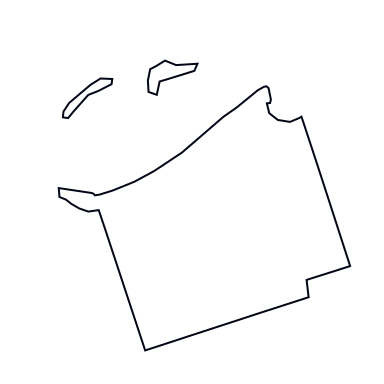 the district of Harrison, Mississippi, United States of America, rotated 162°
{"feature_id": "52423323B27952664457255", "entity_name": "Harrison", "entity_type": "district", "adm_level": 2, "iso_a3": "USA", "parent_name": "United States of America", "parent_adm1": "Mississippi", "projection": "robinson", "projection_center": [-89.065, 30.439], "detail": "fine", "context": "isolated", "style": "outline", "palette": "ink", "viewbox_px": 384, "rotation_deg": 162, "n_neighbors": 0, "source": "geoboundaries", "source_scale": "gbopen_adm2", "svg_char_len": 1079}
<svg xmlns="http://www.w3.org/2000/svg" viewBox="0 0 384 384"><g transform="rotate(162 192 192)"><path d="M285.5,55.8L236.5,55.9L164.7,56.0L113.6,55.9L110.2,72.9L107.8,73.0L97.4,72.9L64.5,72.7L64.4,128.1L64.4,180.2L64.6,229.8L67.1,229.2L77.2,228.4L88.1,234.0L94.2,243.1L93.4,253.2L90.3,252.5L88.4,255.5L87.1,267.2L88.6,269.6L91.3,269.8L98.1,268.4L110.4,263.6L123.0,258.7L139.2,253.7L168.9,241.2L182.0,235.7L182.5,235.5L189.4,232.6L202.0,229.1L204.0,228.5L221.8,223.6L242.9,219.7L243.6,219.6L248.7,219.2L261.5,218.3L267.5,217.9L281.1,218.1L285.5,218.9L286.0,220.5L287.6,222.0L317.5,236.9L319.6,228.2L314.3,223.8L310.2,217.7L304.2,211.1L296.6,205.4L286.3,203.6L286.1,183.4L285.8,122.3L285.5,55.8ZM152.3,306.5L147.2,312.3L167.9,317.6L177.1,325.3L182.0,324.1L186.9,322.9L193.8,321.7L199.5,311.7L202.4,300.6L195.5,295.3L188.6,307.1L182.2,306.9L152.3,306.5ZM235.2,319.4L232.9,324.1L243.9,328.2L255.4,325.3L262.0,322.6L281.3,314.7L289.4,308.2L291.7,302.9L287.0,300.6L279.6,305.3L262.0,315.6L260.6,316.4L250.2,317.0L235.2,319.4Z" fill="none" stroke="#020617" stroke-width="2"/></g></svg>